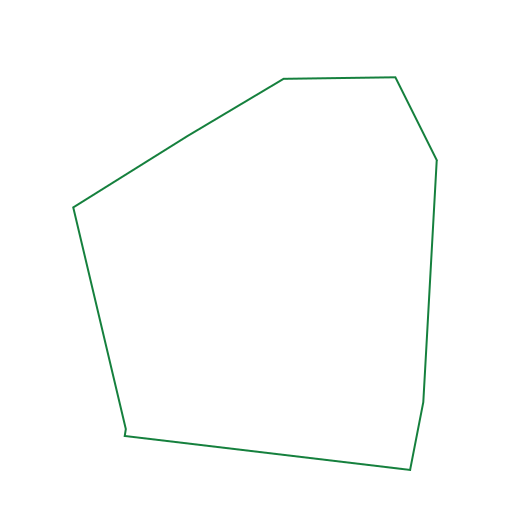 Chateau Belair, Soufrière, Saint Lucia, rotated 279°
{"feature_id": "8701671B28049445861870", "entity_name": "Chateau Belair", "entity_type": "district", "adm_level": 2, "iso_a3": "LCA", "parent_name": "Saint Lucia", "parent_adm1": "Soufrière", "projection": "albers", "projection_center": [-61.053, 13.819], "detail": "fine", "context": "isolated", "style": "outline", "palette": "green", "viewbox_px": 512, "rotation_deg": 279, "n_neighbors": 0, "source": "geoboundaries", "source_scale": "gbopen_adm2", "svg_char_len": 329}
<svg xmlns="http://www.w3.org/2000/svg" viewBox="0 0 512 512"><g transform="rotate(279 256 256)"><path d="M201.7,437.6L378.1,419.6L378.7,419.7L454.3,365.7L452.7,356.3L435.3,255.5L363.9,169.7L275.4,67.9L64.7,154.5L57.7,154.5L68.8,441.7L69.9,441.7L137.8,444.1L201.7,437.6Z" fill="none" stroke="#15803d" stroke-width="2"/></g></svg>